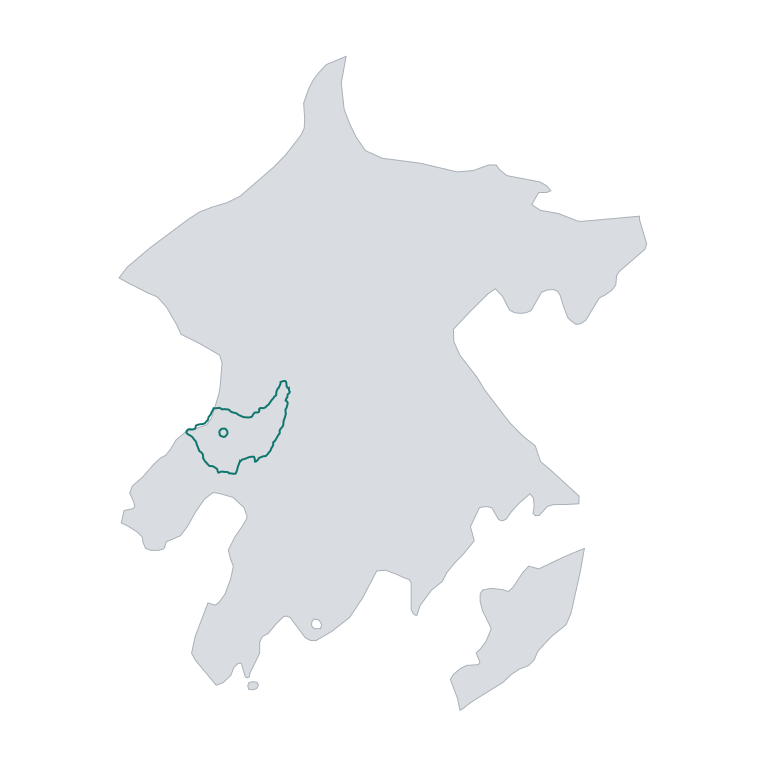 Shaki District, Şəki, Azerbaijan shown in context, rotated 268°
{"feature_id": "54616110B25010354244926", "entity_name": "Shaki District", "entity_type": "district", "adm_level": 2, "iso_a3": "AZE", "parent_name": "Azerbaijan", "parent_adm1": "Şəki", "projection": "orthographic", "projection_center": [47.215, 41.108], "detail": "fine", "context": "in_parent", "style": "outline", "palette": "teal", "viewbox_px": 768, "rotation_deg": 268, "n_neighbors": 0, "source": "geoboundaries", "source_scale": "gbopen_adm2", "svg_char_len": 6263}
<svg xmlns="http://www.w3.org/2000/svg" viewBox="0 0 768 768"><g transform="rotate(268 384 384)"><path d="M542.8,645.3L539.4,645.1L514.9,651.4L509.7,649.6L488.3,623.1L483.9,620.2L474.8,619.1L469.5,614.7L465.0,607.6L462.5,602.2L440.7,587.9L437.4,582.6L436.9,577.9L440.1,573.7L443.7,570.1L454.3,566.4L466.6,563.1L470.5,560.8L472.5,556.9L472.3,550.7L470.2,544.6L452.4,533.7L450.4,529.0L449.8,523.1L450.7,516.9L453.4,512.1L467.7,505.4L475.3,498.6L470.5,491.1L454.8,474.0L436.3,455.3L424.0,455.2L410.0,460.9L387.5,477.2L375.0,484.1L358.7,495.6L340.9,508.3L326.3,521.8L317.1,532.9L300.9,537.8L292.6,547.1L265.2,575.0L257.5,574.6L257.2,560.6L257.6,549.6L256.0,543.2L247.2,534.4L247.1,530.7L249.5,528.4L256.3,529.8L264.9,529.4L269.1,526.0L259.9,514.5L251.7,506.7L244.8,501.5L243.3,498.4L243.3,496.2L244.8,493.6L256.7,487.4L258.0,481.6L257.2,475.1L238.4,465.4L224.2,468.7L211.7,457.8L203.7,449.4L193.6,440.4L184.7,435.4L176.2,424.1L161.3,412.3L151.7,408.8L151.9,407.1L153.7,405.0L157.8,403.3L184.5,404.2L187.8,402.2L189.6,397.3L193.3,390.0L197.8,379.3L197.5,370.3L171.0,355.2L151.8,341.4L138.7,323.4L129.9,307.0L130.3,301.6L133.1,296.5L154.0,282.0L155.5,278.1L155.1,275.5L147.9,267.7L138.8,259.6L136.0,253.8L130.3,250.7L119.2,250.3L100.1,240.1L96.0,239.1L95.1,237.1L96.1,235.2L110.0,231.6L109.9,228.4L105.8,224.0L98.1,220.7L91.1,212.8L88.8,205.8L114.2,186.1L121.6,182.3L137.8,186.3L171.3,200.4L168.8,207.8L172.2,212.1L179.9,217.9L194.7,224.0L207.3,227.1L213.7,224.7L223.4,222.6L236.0,229.4L247.6,238.0L253.3,241.5L256.4,242.6L265.3,239.8L276.0,229.0L280.3,215.8L281.5,209.5L275.4,200.7L262.7,191.2L248.6,182.7L239.5,175.3L233.8,160.7L228.0,159.0L226.5,157.1L225.6,152.2L225.9,145.3L228.0,140.0L233.8,137.7L239.6,137.0L244.9,132.0L251.5,122.1L254.3,116.6L266.6,119.8L268.2,128.8L270.4,130.7L275.5,129.6L284.0,126.0L290.8,128.9L299.4,139.5L311.5,150.8L318.0,158.3L320.5,163.5L326.7,168.6L335.7,174.5L342.9,183.8L349.4,205.4L355.9,210.4L379.3,218.5L387.5,220.2L410.6,222.9L418.6,220.8L430.3,202.1L440.8,182.9L450.6,178.8L468.4,169.3L479.0,160.4L483.4,150.9L493.2,133.0L499.3,122.9L509.9,131.6L528.6,155.4L555.4,194.1L562.1,205.1L566.6,217.8L570.6,233.4L576.9,247.0L604.4,281.1L616.3,293.6L635.6,309.7L642.4,313.2L651.3,314.0L667.5,313.5L682.6,319.5L690.2,323.8L698.0,330.2L705.2,337.5L712.8,357.6L686.5,351.8L660.3,353.7L645.6,358.6L631.4,364.9L617.8,373.7L609.6,390.4L603.3,428.5L593.4,464.3L594.2,480.7L599.3,496.3L598.9,503.8L594.0,507.1L588.0,514.0L580.5,546.8L576.5,553.4L571.3,557.5L569.8,553.7L569.9,545.2L558.1,537.9L552.1,546.4L548.2,564.5L540.0,583.5L539.6,587.1L542.8,645.3ZM150.4,310.8L151.6,305.7L148.4,303.4L144.9,303.2L141.9,305.7L141.8,312.0L145.9,313.3L150.4,310.8ZM60.8,456.9L56.9,451.6L55.2,448.6L66.9,446.6L86.5,440.0L91.7,443.6L97.2,450.8L99.9,457.0L100.2,468.3L102.5,470.2L112.0,466.7L116.1,471.3L123.3,477.0L135.8,482.7L154.2,474.5L163.3,472.5L170.8,472.8L174.8,475.5L176.0,484.4L174.4,495.2L172.2,501.1L176.0,505.5L190.8,516.2L196.9,522.2L193.8,532.2L204.6,557.0L208.3,566.6L212.6,578.5L189.6,573.6L148.4,562.9L137.1,557.6L126.6,543.6L120.3,536.9L111.1,528.1L103.4,524.7L97.6,518.7L94.5,509.8L89.8,501.8L81.5,492.3L63.2,460.3L60.8,456.9ZM90.4,246.4L87.8,248.0L84.1,246.2L83.0,242.3L83.4,238.2L87.2,237.3L90.3,238.6L91.1,242.3L90.4,246.4Z" fill="#d9dde1" stroke="#a8b0b8" stroke-width="1"/><path d="M389.5,280.6L387.9,280.6L387.2,280.3L385.5,279.4L384.2,278.9L382.9,277.5L380.1,276.2L378.9,276.1L376.4,275.7L375.3,274.1L374.0,273.2L372.9,272.1L371.3,270.7L370.1,269.9L368.9,269.0L367.4,267.9L366.3,266.1L364.9,264.9L364.4,263.7L364.0,262.0L364.4,260.5L364.0,258.9L362.9,258.2L362.1,258.6L360.5,258.1L359.9,256.6L360.1,255.0L359.8,253.5L358.7,252.7L357.8,251.9L356.7,251.4L355.6,250.3L355.5,249.0L355.2,247.1L355.4,246.0L355.6,244.6L355.7,242.8L356.2,241.6L356.5,241.0L357.3,239.4L358.2,237.5L359.2,236.4L360.1,234.9L360.7,232.5L360.7,232.4L361.2,231.1L361.8,229.8L363.3,228.6L364.1,227.1L364.1,225.9L364.5,223.6L364.3,221.4L365.2,220.0L365.9,218.9L365.7,216.4L365.6,214.4L365.7,212.8L364.1,212.2L362.1,210.9L359.3,209.6L357.2,207.6L355.4,207.1L353.7,206.5L353.4,205.8L352.2,204.7L351.0,203.5L350.4,202.0L350.2,200.2L350.2,198.8L349.8,196.8L349.2,194.9L348.1,194.3L346.1,193.8L345.3,191.9L345.3,190.5L345.5,189.0L345.7,187.7L345.2,186.4L343.7,184.9L342.3,184.8L340.9,185.9L340.1,187.1L339.5,188.1L338.4,189.8L337.5,190.8L335.3,192.2L334.4,193.0L332.8,194.2L330.3,194.7L329.3,195.0L328.0,195.6L325.8,196.2L325.1,196.7L323.4,197.1L322.3,198.7L320.6,200.2L319.1,200.6L317.8,200.7L316.1,200.6L315.4,201.1L314.1,201.8L312.7,202.6L312.0,203.4L311.2,204.1L310.8,204.1L310.0,205.1L309.1,205.7L308.2,206.7L308.0,207.9L308.0,209.3L307.3,211.0L306.8,211.5L306.4,212.3L305.7,213.2L304.9,214.2L303.1,214.7L302.6,214.7L301.2,215.4L301.6,216.8L302.2,218.9L301.7,221.4L301.6,223.5L301.2,225.2L300.2,225.9L300.1,227.4L299.8,228.9L299.5,231.0L299.6,232.5L301.0,233.3L302.5,233.9L303.3,234.2L305.0,234.7L306.7,235.2L307.9,235.7L309.5,236.4L310.5,236.7L311.0,237.1L311.7,237.3L311.4,237.5L313.3,239.3L313.8,241.4L314.5,243.7L315.0,244.8L315.5,246.4L315.8,247.7L315.9,249.6L315.9,251.0L315.7,251.6L313.4,252.3L311.0,252.3L311.1,253.5L312.9,255.6L314.4,256.4L315.0,257.9L316.0,261.0L316.1,263.3L316.4,263.6L317.1,264.3L317.9,265.2L319.3,266.3L321.5,268.3L323.5,269.0L326.0,270.7L327.3,271.2L329.5,271.2L329.7,271.5L331.2,273.2L332.4,274.0L333.8,274.8L335.8,276.0L337.5,277.3L338.5,278.1L341.3,278.1L342.5,278.9L344.2,280.4L345.9,281.7L347.8,282.1L349.9,282.2L352.5,283.1L353.8,283.7L355.4,284.2L355.8,284.3L357.7,284.9L360.3,284.6L361.8,284.6L363.7,285.8L365.5,286.4L366.9,286.8L368.3,287.1L369.8,286.6L370.7,285.4L371.1,285.1L372.8,285.8L373.9,286.9L375.7,287.1L377.0,287.4L378.3,289.1L379.6,289.6L380.7,288.9L382.1,288.8L383.4,288.8L383.2,288.4L383.1,288.1L383.9,287.2L385.0,286.7L386.3,286.5L387.1,286.5L387.8,286.5L388.5,286.4L389.6,286.1L390.4,285.5L390.5,285.0L390.4,284.0L390.3,282.9L389.9,281.5L389.5,280.6ZM343.2,225.2L342.3,225.7L340.5,225.9L339.2,225.5L338.1,224.4L337.2,223.5L336.9,223.2L336.7,222.2L336.9,221.3L337.0,221.0L337.4,220.0L338.0,218.8L338.9,218.1L340.2,218.0L341.5,217.7L342.8,218.1L343.1,218.2L343.7,218.9L344.7,219.8L344.9,220.5L345.0,222.0L344.9,223.5L344.3,224.4L343.3,225.1L343.2,225.2Z" fill="none" stroke="#0f766e" stroke-width="2"/></g></svg>